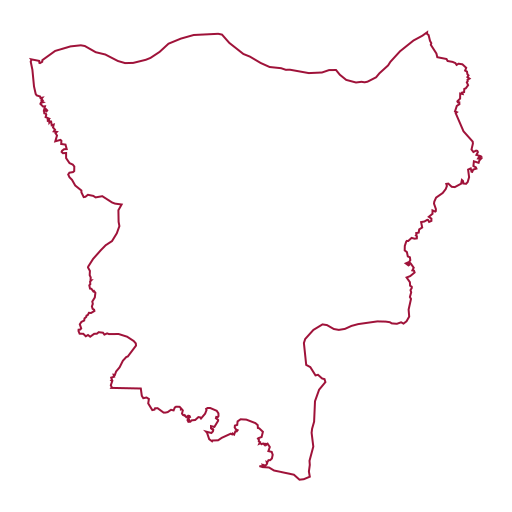 the district of Sumba Tengah, Nusa Tenggara Timur, Indonesia
{"feature_id": "22746128B11743482298506", "entity_name": "Sumba Tengah", "entity_type": "district", "adm_level": 2, "iso_a3": "IDN", "parent_name": "Indonesia", "parent_adm1": "Nusa Tenggara Timur", "projection": "albers", "projection_center": [119.662, -9.594], "detail": "fine", "context": "isolated", "style": "outline", "palette": "rose", "viewbox_px": 512, "rotation_deg": 0, "n_neighbors": 0, "source": "geoboundaries", "source_scale": "gbopen_adm2", "svg_char_len": 5909}
<svg xmlns="http://www.w3.org/2000/svg" viewBox="0 0 512 512"><path d="M143.3,398.2L146.5,397.5L148.9,399.0L148.2,403.4L152.3,410.1L154.5,409.6L155.0,408.3L157.6,408.2L163.6,412.6L165.4,412.6L167.7,412.1L171.0,409.8L173.6,410.4L174.8,407.5L176.1,406.7L179.6,406.8L180.9,408.2L180.9,409.4L181.7,409.1L182.8,410.4L182.0,413.6L183.0,415.0L184.6,415.2L184.6,416.6L185.0,415.6L186.3,417.2L188.2,415.7L189.5,416.0L190.0,417.0L188.3,418.0L187.5,420.1L188.1,421.3L189.0,420.5L189.0,421.8L190.4,421.7L191.4,420.4L195.2,420.0L198.4,417.1L200.2,417.4L201.0,418.5L205.1,413.7L206.5,410.1L206.1,408.9L207.6,408.0L210.2,408.0L216.7,410.8L218.4,413.3L218.5,416.0L217.8,417.1L216.3,416.9L215.9,418.2L218.1,419.9L218.1,420.8L214.4,426.9L211.0,426.1L211.0,428.3L212.0,429.2L212.8,428.9L213.3,429.8L212.9,431.4L211.4,433.0L206.0,431.6L207.0,432.7L209.2,439.2L212.1,441.3L212.6,440.5L218.1,440.3L221.8,437.8L230.7,433.7L232.1,434.4L232.6,433.5L234.1,434.6L235.3,431.5L236.7,431.4L237.6,430.2L236.0,429.5L234.7,427.5L234.9,425.6L237.2,424.9L237.6,421.4L240.6,419.3L246.3,419.6L255.4,423.1L257.7,425.1L257.9,428.0L259.2,428.3L262.9,431.8L261.6,437.0L257.8,438.4L257.3,437.9L258.9,439.7L258.8,441.3L260.0,442.1L259.3,443.7L260.4,443.2L261.5,444.2L263.1,443.5L264.6,444.9L264.9,443.8L266.3,443.9L266.4,444.7L267.6,443.7L269.8,447.0L268.4,451.1L271.7,451.9L272.7,454.8L271.9,458.5L270.1,460.2L268.5,460.2L267.3,462.3L266.7,462.0L267.1,463.5L266.4,464.7L265.1,465.6L264.1,465.2L264.1,466.1L262.5,465.0L262.6,466.3L259.4,466.1L262.6,467.1L269.0,467.5L274.0,470.5L293.9,474.7L299.5,479.7L303.8,479.2L309.8,476.7L308.9,471.5L309.8,464.9L309.5,460.8L313.3,446.6L311.6,432.8L312.1,428.7L314.1,421.7L315.0,401.2L319.1,389.7L325.4,382.1L324.5,379.1L322.1,378.5L318.0,374.8L315.5,375.4L310.3,367.1L306.2,364.9L303.9,343.0L305.2,339.0L313.4,329.9L322.5,324.4L327.0,325.1L333.8,329.0L338.8,329.9L344.9,328.9L351.5,325.9L358.2,324.1L377.3,321.4L385.7,321.6L389.8,322.2L391.8,323.4L396.9,323.8L401.1,322.3L403.5,323.6L406.5,321.3L409.2,316.6L408.6,309.6L411.0,298.9L409.9,297.0L411.2,292.3L410.5,290.1L411.8,287.9L411.7,286.7L410.1,285.7L409.9,282.2L406.6,277.5L410.2,276.1L414.6,272.5L414.0,270.7L412.4,270.4L413.7,267.7L410.8,263.6L410.0,262.9L408.8,263.5L409.2,264.9L408.5,265.4L405.8,263.4L409.2,261.9L410.3,260.2L409.9,257.3L407.8,256.4L406.9,252.1L404.7,250.4L404.8,245.9L406.2,241.7L406.8,240.9L408.2,241.0L411.6,237.9L414.5,238.7L416.8,238.4L416.9,236.3L415.9,235.4L416.5,234.7L416.2,233.1L418.7,232.6L419.2,229.4L422.2,227.5L421.1,222.1L424.4,221.5L427.3,219.8L428.1,220.0L429.1,221.9L431.4,220.9L431.4,218.6L428.8,216.8L432.5,213.8L432.5,210.4L435.2,211.6L435.8,211.1L435.9,209.1L434.0,203.6L434.3,201.6L436.1,197.6L442.7,193.0L445.7,189.1L446.9,186.0L446.3,183.9L448.3,183.6L451.7,186.8L454.8,187.1L461.1,183.7L461.9,180.0L463.0,181.0L463.3,183.5L466.1,183.8L467.7,182.0L469.1,177.2L468.1,169.6L470.7,168.4L471.5,171.7L472.2,171.9L473.2,169.6L476.4,168.6L475.9,167.4L473.4,166.0L473.9,161.3L478.6,162.8L479.4,160.4L480.9,158.8L478.1,158.5L478.7,157.5L481.3,156.8L480.8,156.2L476.4,154.9L477.9,152.1L477.3,150.9L476.1,150.6L473.4,152.0L471.5,149.5L472.9,143.6L472.7,141.6L463.5,131.3L455.7,113.2L456.9,112.2L455.0,111.4L456.8,105.9L459.4,104.2L459.3,102.3L457.8,102.3L457.4,101.3L460.1,98.6L460.2,93.5L462.6,94.0L462.1,92.6L464.1,92.1L464.3,88.9L465.8,88.3L468.1,85.2L466.8,82.3L467.7,81.2L467.5,79.8L469.5,78.6L467.4,77.1L468.5,75.4L467.4,74.2L467.0,71.6L465.1,70.6L466.2,67.8L462.4,64.3L458.5,63.7L456.6,64.9L455.4,63.1L452.6,61.9L447.6,61.0L446.5,59.0L437.3,57.2L436.4,53.5L430.8,44.8L431.3,43.2L430.0,40.8L428.6,35.1L427.0,33.8L427.1,32.3L422.4,35.7L413.5,40.5L400.1,51.2L390.4,61.8L388.1,65.4L379.4,73.3L376.1,77.3L367.5,81.7L364.6,82.3L361.5,81.8L356.0,82.5L346.2,79.9L339.8,74.7L336.0,70.0L329.0,70.1L322.0,72.5L308.8,73.1L289.9,69.7L285.8,69.8L281.1,68.2L269.6,67.0L260.7,63.0L249.9,56.6L243.4,54.0L229.3,42.9L222.0,34.6L218.2,33.8L193.7,35.0L180.9,38.6L168.5,43.7L159.6,51.9L150.5,57.9L145.8,59.8L133.2,62.9L125.1,63.1L117.9,61.0L105.3,54.5L95.7,52.2L84.8,46.0L80.8,45.3L70.5,46.4L55.2,50.9L42.4,60.1L42.2,61.8L40.0,63.1L39.4,62.9L39.2,60.9L31.1,59.3L31.5,59.9L30.7,61.6L32.4,69.8L34.0,86.4L35.7,94.0L36.7,95.4L40.1,96.5L40.5,98.0L42.3,97.7L41.5,98.7L42.5,100.2L41.4,100.4L41.5,101.3L43.2,102.2L40.8,102.9L40.4,103.9L43.0,106.5L45.0,106.3L44.1,109.8L45.9,109.1L47.2,110.4L46.7,111.1L46.1,110.3L44.1,111.6L44.3,113.3L45.8,113.7L46.3,114.6L45.6,117.1L49.0,118.6L47.7,119.5L47.8,120.8L49.1,120.4L49.3,122.6L50.2,121.4L51.1,121.5L51.7,125.3L53.7,124.6L53.0,127.5L55.0,129.7L53.8,131.4L56.8,131.9L55.5,133.2L57.0,135.5L55.3,141.3L60.5,139.9L61.4,140.8L61.2,144.0L65.5,144.6L66.7,149.1L64.1,149.2L62.1,150.7L61.6,151.9L62.9,153.2L66.1,153.0L66.1,158.1L69.5,163.1L72.8,164.6L74.3,166.5L74.2,171.1L73.0,172.1L69.4,172.7L68.2,174.5L69.5,177.3L72.0,179.8L75.2,185.5L81.4,190.5L81.4,192.3L83.7,197.1L85.4,196.8L87.9,194.8L93.3,195.9L95.6,197.4L102.3,196.2L112.1,202.5L115.0,203.6L121.6,204.5L118.4,210.2L118.6,221.8L119.4,226.1L116.8,233.3L112.0,241.1L105.7,245.2L100.9,250.1L93.1,258.9L88.2,266.6L88.0,267.5L89.9,270.9L89.7,275.2L90.7,277.4L90.5,280.6L91.1,280.5L90.1,281.6L90.3,284.2L89.3,285.3L90.0,288.6L91.4,288.8L93.4,291.5L94.0,291.0L95.4,292.8L94.8,297.5L92.3,301.5L92.8,303.9L91.9,306.4L92.6,308.8L94.1,309.7L94.4,311.0L91.0,313.0L88.9,312.8L87.9,314.9L86.5,315.6L86.2,317.0L84.5,318.4L84.2,320.5L81.4,321.9L79.8,324.3L81.2,328.4L80.3,329.5L78.6,329.7L78.5,331.0L79.6,333.7L83.3,333.8L85.8,336.3L88.0,335.0L90.2,336.7L94.2,333.8L96.9,333.7L98.7,332.2L103.0,332.7L104.4,334.6L107.1,333.4L109.0,334.1L118.6,334.0L127.1,336.7L133.7,341.0L135.8,343.4L136.0,345.6L127.8,356.5L126.3,357.0L122.9,360.7L119.6,367.3L116.1,371.5L114.9,374.9L113.6,374.7L114.2,376.7L111.2,377.6L112.0,379.9L111.4,380.4L112.3,380.9L110.8,385.3L111.8,387.3L111.4,387.9L140.8,388.5L141.8,395.8L143.3,398.2Z" fill="none" stroke="#9f1239" stroke-width="2"/></svg>